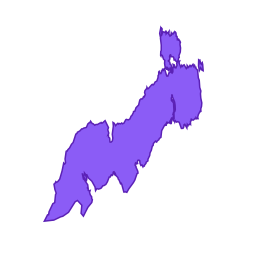 the district of Tingvoll nor, Møre og Romsdal, Norway, rotated 98°
{"feature_id": "86288312B33492217014163", "entity_name": "Tingvoll nor", "entity_type": "district", "adm_level": 2, "iso_a3": "NOR", "parent_name": "Norway", "parent_adm1": "Møre og Romsdal", "projection": "equal_earth", "projection_center": [8.112, 62.946], "detail": "fine", "context": "isolated", "style": "filled", "palette": "violet", "viewbox_px": 256, "rotation_deg": 98, "n_neighbors": 0, "source": "geoboundaries", "source_scale": "gbopen_adm2", "svg_char_len": 5714}
<svg xmlns="http://www.w3.org/2000/svg" viewBox="0 0 256 256"><g transform="rotate(98 128 128)"><path d="M221.5,159.9L212.1,156.7L206.8,153.5L204.0,153.3L202.9,154.1L201.2,154.4L199.5,156.0L197.2,157.1L195.1,156.8L195.6,158.0L195.4,158.6L193.7,159.1L193.0,159.9L192.6,159.7L192.8,159.2L189.8,160.0L184.9,164.4L184.8,165.0L179.9,166.8L179.8,166.4L184.0,164.1L185.6,161.8L184.2,161.7L181.4,162.9L180.5,164.3L178.7,164.7L179.9,163.5L180.2,162.8L180.0,162.3L182.9,160.4L185.7,156.4L190.9,152.5L194.5,151.4L192.4,150.5L192.6,148.6L191.7,146.8L191.0,146.0L188.8,145.0L188.5,144.0L187.0,142.1L184.1,140.9L179.2,139.8L179.1,138.9L177.0,138.3L176.5,137.6L176.9,137.5L176.4,137.1L176.8,136.7L175.1,136.2L175.6,136.1L174.0,136.5L173.8,135.8L172.6,136.0L176.1,134.6L176.3,134.3L175.3,134.1L176.7,133.3L178.4,131.2L180.0,130.5L180.9,129.5L184.1,127.7L183.5,127.3L184.5,126.4L192.0,123.2L191.6,121.4L191.9,120.2L188.3,118.8L181.4,115.1L178.6,114.0L171.9,112.7L171.3,111.8L169.5,112.3L165.4,114.8L164.9,114.7L163.8,115.8L162.0,115.8L161.6,115.7L162.3,114.6L161.0,114.2L162.5,113.6L161.6,113.5L161.0,114.1L158.1,113.7L158.5,113.6L158.3,112.7L158.8,111.8L161.4,111.2L163.3,110.0L162.6,109.1L164.4,107.8L163.5,107.5L163.4,106.5L162.3,106.4L160.6,105.3L159.4,105.3L157.8,103.7L156.2,103.9L152.3,102.7L149.5,102.7L146.8,101.8L142.5,101.4L141.9,100.7L139.8,100.7L137.2,99.0L138.0,97.9L137.7,97.5L136.8,97.3L135.3,95.8L134.0,95.5L132.7,94.1L126.0,94.3L120.3,92.2L119.4,91.5L120.1,91.0L119.9,90.5L118.2,90.8L117.2,90.4L117.7,90.0L117.1,89.8L117.4,89.4L117.0,89.2L117.2,88.1L116.8,87.9L117.9,87.5L116.0,87.4L116.2,87.1L115.8,86.8L118.3,86.3L117.3,86.2L117.3,85.8L113.2,86.0L113.7,86.7L111.4,86.0L112.9,85.8L112.4,84.6L111.4,84.9L109.1,84.5L107.4,85.0L107.7,85.3L105.9,85.1L104.8,84.3L104.2,84.5L104.2,85.0L96.7,86.4L96.4,87.0L94.1,87.8L95.1,88.4L94.8,88.8L92.3,89.3L91.2,88.9L89.3,89.2L89.3,88.7L90.8,88.4L95.7,85.5L98.9,84.5L103.4,83.7L105.2,84.0L106.2,84.7L112.5,83.6L112.8,84.1L112.3,84.4L112.8,84.7L114.6,84.1L114.6,83.0L115.0,82.8L114.6,82.6L115.2,82.4L114.3,82.2L115.4,80.7L114.8,79.6L115.2,78.1L121.0,75.1L120.7,73.5L119.2,72.9L117.0,73.0L116.4,72.3L119.8,69.7L116.1,69.8L117.1,68.9L116.5,68.8L116.2,67.8L115.1,67.2L115.6,66.6L112.7,67.1L112.1,66.5L110.5,66.7L110.4,66.3L111.1,65.3L111.0,64.3L109.2,63.0L109.5,62.2L108.3,62.1L109.2,61.3L109.0,59.9L107.6,60.5L104.9,60.2L101.1,58.8L101.7,58.5L101.4,58.1L98.9,58.6L96.3,58.2L92.9,58.4L88.2,60.1L84.0,61.0L81.2,61.0L77.9,62.6L70.8,64.1L68.7,65.3L61.0,67.2L59.7,68.9L58.5,69.3L58.8,69.8L56.7,70.8L57.9,71.4L56.2,72.3L56.7,72.5L56.3,72.8L58.5,74.1L57.6,74.7L57.9,75.1L57.5,75.4L59.7,76.5L59.5,77.0L58.3,77.6L57.8,78.1L60.2,77.8L61.1,78.5L57.6,81.2L58.3,82.2L59.6,82.7L59.6,83.2L58.7,83.6L60.4,84.2L56.5,86.5L54.5,86.2L55.1,87.3L54.3,87.7L57.1,88.8L59.2,88.2L61.8,88.9L61.7,89.8L59.1,90.8L58.7,92.2L61.8,91.2L62.1,92.2L64.4,92.9L64.3,93.7L65.0,93.8L66.1,92.9L66.0,92.1L64.3,91.9L64.1,91.7L66.2,91.4L67.5,92.0L66.3,93.7L67.6,94.7L67.2,95.0L71.1,95.8L71.1,96.9L64.1,100.1L65.8,100.9L64.8,101.7L65.1,102.1L66.4,101.9L66.8,102.8L68.4,102.6L69.5,103.1L68.5,104.5L67.6,105.0L68.3,105.4L70.7,105.0L71.9,105.5L73.9,105.3L77.5,106.0L78.6,107.5L81.4,108.6L81.9,109.2L81.4,109.9L81.7,110.4L86.2,113.4L86.4,114.0L85.1,114.9L86.1,114.9L88.6,116.4L90.7,116.5L92.4,115.6L94.8,116.2L95.1,116.4L94.8,117.0L97.0,117.6L97.5,118.8L97.3,119.1L98.6,120.2L103.8,120.7L106.8,122.9L110.5,123.6L110.9,124.8L112.0,124.8L115.1,125.9L115.8,126.6L118.8,127.4L119.9,128.8L119.7,130.9L120.2,131.4L123.9,132.8L124.6,134.1L123.9,134.9L125.0,136.1L124.7,137.6L125.4,138.0L124.9,139.0L127.4,140.6L125.2,142.3L124.6,143.6L128.2,142.8L136.4,142.7L140.2,141.6L142.9,141.7L144.2,142.6L144.5,143.7L144.2,144.0L140.6,144.7L139.7,146.0L137.1,146.5L137.3,146.7L135.7,146.3L132.6,147.8L130.3,147.4L123.9,151.7L126.5,153.9L126.8,154.5L126.3,155.3L126.9,155.5L126.9,156.3L128.9,158.9L128.9,160.1L129.9,161.3L128.7,163.0L128.6,164.0L126.5,166.0L128.1,166.4L128.0,167.0L129.5,168.3L133.2,169.3L134.3,171.9L135.3,173.0L135.3,173.7L137.7,175.4L139.2,177.5L140.5,177.8L141.3,178.8L150.0,180.3L152.0,181.7L155.9,183.1L157.8,184.5L159.3,185.0L159.4,185.8L160.0,186.0L167.5,186.0L171.2,185.0L172.5,185.7L171.6,186.8L179.7,187.3L188.1,188.5L191.0,190.2L191.8,191.4L191.2,192.0L193.2,192.7L193.9,193.5L199.1,191.8L202.6,190.0L204.0,190.5L212.1,190.2L213.4,191.9L221.8,194.5L225.0,194.6L225.2,195.6L231.9,197.9L229.5,188.6L225.3,182.3L224.5,180.3L219.8,175.2L208.5,170.1L206.8,168.0L210.9,163.0L219.0,162.6L221.5,159.9ZM45.5,86.8L41.4,87.1L37.6,88.3L35.8,88.0L35.5,88.2L35.9,88.4L34.4,89.0L33.8,89.4L34.0,90.1L33.0,90.4L33.7,91.4L30.5,92.2L30.5,93.0L27.7,93.6L27.0,93.9L27.1,94.5L26.3,94.5L25.8,94.8L26.7,94.7L26.5,95.1L26.9,95.5L26.6,95.6L28.6,96.5L28.1,97.4L29.2,97.7L28.0,98.4L30.3,98.4L31.1,99.2L30.0,99.9L29.8,100.5L26.6,100.8L28.4,101.7L28.0,102.5L29.4,103.3L26.9,103.7L26.9,104.2L28.3,104.7L27.8,106.8L32.2,107.8L25.1,108.0L24.3,108.8L24.7,109.1L24.1,109.5L29.9,109.8L32.8,108.8L33.1,108.6L32.8,108.4L34.4,108.4L41.3,106.6L46.5,105.9L47.6,106.2L51.6,105.8L52.0,105.5L50.7,105.5L51.5,104.1L54.9,102.4L55.8,101.0L58.8,100.8L61.6,100.0L62.3,99.7L62.3,99.1L63.2,99.0L62.6,98.7L63.1,98.1L65.0,97.7L62.9,97.1L63.7,96.4L65.1,96.3L65.5,95.5L62.7,94.6L63.1,94.3L62.9,93.4L61.5,93.1L59.0,94.5L59.0,95.2L57.0,95.8L56.0,97.4L55.5,97.3L55.0,96.4L53.6,96.2L51.3,96.8L50.8,96.7L51.1,96.2L49.1,96.3L51.4,95.0L51.2,93.3L51.8,92.6L54.2,91.8L53.7,90.9L54.6,90.6L55.7,89.0L54.2,87.7L51.4,87.6L51.0,87.1L49.2,87.6L45.5,86.8ZM60.5,61.6L53.8,63.1L54.9,63.1L53.2,63.5L54.6,64.2L52.6,65.4L53.2,65.6L50.7,66.3L51.0,67.0L50.7,67.5L56.8,66.8L61.1,65.3L58.2,64.4L60.4,62.8L60.6,62.4L60.1,62.2L60.5,61.6Z" fill="#8b5cf6" stroke="#5b21b6" stroke-width="1.5"/></g></svg>